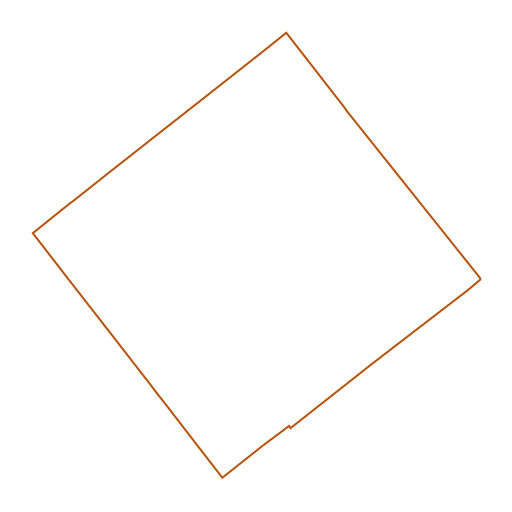 Crook, Wyoming, United States of America, rotated 232°
{"feature_id": "52423323B12939098407835", "entity_name": "Crook", "entity_type": "district", "adm_level": 2, "iso_a3": "USA", "parent_name": "United States of America", "parent_adm1": "Wyoming", "projection": "equal_earth", "projection_center": [-104.544, 44.588], "detail": "fine", "context": "isolated", "style": "outline", "palette": "amber", "viewbox_px": 512, "rotation_deg": 232, "n_neighbors": 0, "source": "geoboundaries", "source_scale": "gbopen_adm2", "svg_char_len": 580}
<svg xmlns="http://www.w3.org/2000/svg" viewBox="0 0 512 512"><g transform="rotate(232 256 256)"><path d="M102.0,93.0L102.4,144.0L101.7,177.5L99.1,177.2L99.6,279.7L98.7,402.9L99.3,418.2L100.3,419.0L315.2,416.8L317.5,417.1L413.3,417.3L412.9,389.7L412.5,283.6L412.5,273.5L412.5,262.5L412.3,214.9L412.3,213.9L412.3,211.3L412.3,202.3L412.3,202.1L412.2,184.7L411.9,145.6L412.1,142.4L411.4,94.2L353.0,93.9L286.2,93.8L227.4,93.6L227.0,93.7L208.4,93.4L198.2,93.5L196.6,93.5L119.7,93.0L119.4,93.0L117.6,93.1L113.7,93.0L102.0,93.0Z" fill="none" stroke="#b45309" stroke-width="2"/></g></svg>